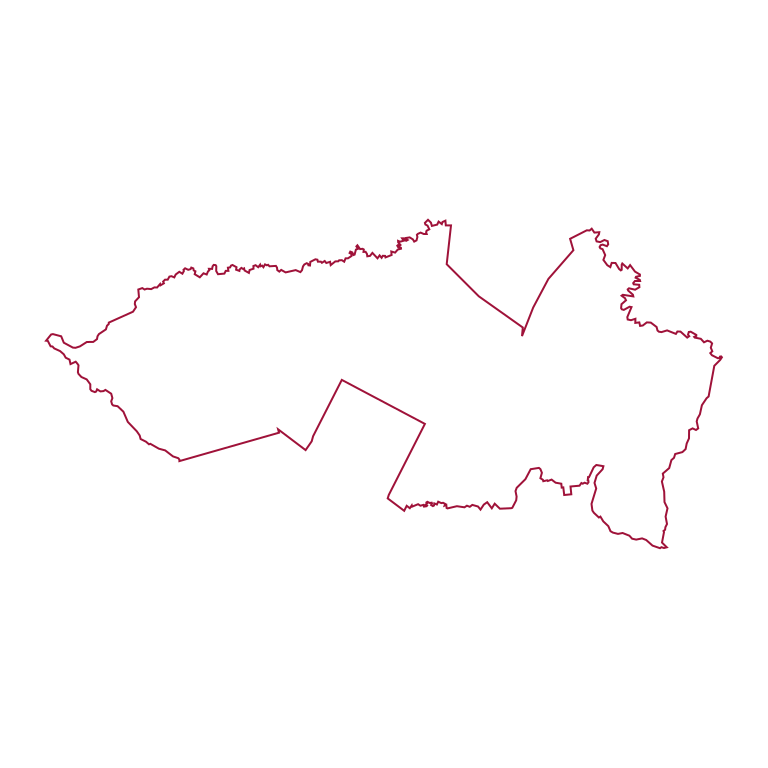 Playford, South Australia, Australia
{"feature_id": "25037944B16955456805205", "entity_name": "Playford", "entity_type": "district", "adm_level": 2, "iso_a3": "AUS", "parent_name": "Australia", "parent_adm1": "South Australia", "projection": "natural_earth1", "projection_center": [138.637, -34.694], "detail": "fine", "context": "isolated", "style": "outline", "palette": "rose", "viewbox_px": 768, "rotation_deg": 0, "n_neighbors": 0, "source": "geoboundaries", "source_scale": "gbopen_adm2", "svg_char_len": 6092}
<svg xmlns="http://www.w3.org/2000/svg" viewBox="0 0 768 768"><path d="M721.1,356.4L720.0,356.6L719.3,358.1L717.8,358.2L711.9,355.2L710.3,353.1L712.3,351.3L710.8,347.7L712.1,343.4L710.3,341.6L707.4,340.7L704.0,342.3L700.8,338.8L694.8,337.6L694.2,336.9L696.3,335.9L696.3,334.9L690.7,331.7L688.8,332.0L688.0,334.7L689.2,336.2L687.2,337.6L680.5,331.6L677.4,331.5L675.9,333.9L667.1,330.4L661.5,332.1L658.9,331.7L657.5,330.5L656.6,327.0L650.8,322.6L646.8,322.4L642.8,325.5L640.1,325.9L639.3,322.4L635.3,322.9L635.4,318.8L631.0,320.2L627.7,319.5L627.3,317.1L631.5,307.1L629.6,306.7L623.8,309.9L621.8,309.3L621.1,308.1L621.5,304.2L626.0,300.3L625.0,298.2L621.6,295.7L622.8,294.8L633.3,296.4L632.9,294.7L628.2,290.6L627.7,289.4L629.0,288.3L635.1,289.7L639.4,287.2L639.2,284.8L633.7,284.3L633.2,283.1L634.9,281.0L640.1,281.0L639.8,279.9L635.6,277.7L636.0,276.8L639.9,275.9L639.9,274.5L635.0,271.6L630.1,265.1L627.7,268.4L622.3,263.5L621.7,264.7L621.7,269.8L620.8,270.4L619.1,269.0L615.5,263.0L611.7,262.9L610.3,267.1L607.3,265.2L603.4,259.9L605.2,255.1L602.6,249.2L600.3,248.3L599.6,247.0L600.6,245.2L602.7,244.6L606.9,246.2L608.2,244.3L607.7,241.2L604.4,240.0L600.2,242.1L596.6,241.4L595.7,238.7L598.9,234.4L599.3,232.2L594.4,232.6L591.7,228.7L589.6,230.5L586.8,230.3L570.1,238.8L573.4,250.2L548.4,278.9L533.2,307.5L522.0,336.1L522.8,327.5L478.8,296.3L446.7,264.2L451.0,225.4L445.8,225.4L445.4,220.7L442.5,222.0L441.8,224.1L438.6,221.6L437.2,224.6L431.9,225.9L430.9,222.6L428.0,219.8L424.9,222.9L425.4,224.5L427.5,225.6L429.3,229.3L426.6,230.7L426.1,232.2L426.7,234.0L423.8,234.0L420.6,232.6L417.8,233.9L416.9,234.8L417.4,237.0L416.5,240.4L414.2,241.6L412.9,239.4L409.7,237.4L405.8,238.0L405.6,238.9L407.6,240.0L406.2,240.8L405.2,240.4L404.1,238.3L402.1,238.3L403.7,240.7L400.1,241.7L398.1,240.9L398.2,242.4L400.5,245.0L399.6,245.9L398.0,245.1L397.3,245.7L398.2,247.2L400.9,247.8L401.0,248.7L397.7,249.6L395.1,252.6L391.3,251.5L391.6,255.0L385.5,257.4L385.1,255.9L382.8,255.8L381.6,257.8L379.6,255.4L377.5,258.3L372.4,252.9L370.0,255.9L367.3,256.3L367.0,254.0L365.6,251.8L363.5,251.9L363.8,249.5L362.6,248.8L360.1,249.1L357.4,245.3L356.4,246.4L358.0,248.8L355.9,249.6L354.6,254.6L353.5,255.0L352.3,252.4L350.3,251.6L349.6,253.0L351.4,254.0L351.5,256.0L348.0,258.3L345.6,258.3L344.2,261.7L341.9,260.2L339.1,260.3L338.3,261.3L335.3,261.4L330.7,265.1L330.1,261.8L326.3,263.0L324.7,261.0L321.9,262.8L320.9,261.7L317.9,261.7L317.4,259.7L315.4,259.3L310.3,261.9L310.0,265.5L308.4,265.3L308.0,263.8L306.7,263.2L304.3,264.5L303.0,266.4L302.0,270.2L300.4,272.1L295.7,270.1L285.6,272.4L281.2,269.9L279.3,271.6L277.3,270.1L277.0,267.6L275.9,265.9L269.5,266.3L268.1,264.8L266.9,265.3L265.0,264.4L263.4,267.2L262.1,265.6L260.5,266.3L260.1,264.7L258.2,267.2L255.6,265.2L253.4,266.0L253.5,268.7L249.6,270.0L248.9,272.9L244.6,270.5L244.1,268.4L243.1,269.0L241.4,267.9L239.6,269.5L239.4,270.9L236.1,269.7L236.5,267.2L232.5,265.0L231.0,265.6L230.1,267.4L227.9,267.7L228.4,270.9L225.7,270.9L224.4,273.6L218.0,274.2L216.2,271.0L216.3,266.2L215.6,265.1L213.7,264.9L212.6,266.3L212.1,268.9L208.9,268.8L209.3,270.3L208.0,271.4L206.7,274.5L203.5,273.3L199.8,277.3L194.7,274.2L195.4,271.3L193.7,270.4L193.3,268.4L191.3,267.6L190.6,269.1L188.2,269.8L185.1,268.3L183.5,269.8L183.9,271.0L182.4,273.7L179.3,271.8L175.7,274.5L174.3,277.4L171.5,276.2L169.4,276.6L167.7,279.7L165.0,279.7L163.1,281.6L163.9,283.3L160.5,285.3L160.1,284.0L157.1,287.5L154.4,287.4L151.2,289.1L147.0,288.7L144.6,289.5L142.3,288.1L138.3,289.5L139.0,297.2L135.1,301.4L134.8,304.0L136.0,307.2L133.0,311.7L108.8,322.6L108.7,324.1L107.0,325.7L105.9,329.4L98.9,334.1L97.5,336.3L97.0,339.1L93.3,341.9L86.8,342.0L79.9,346.4L75.5,347.8L72.9,347.6L63.8,342.7L61.2,336.3L52.9,334.1L51.1,334.5L46.1,340.7L47.8,340.9L50.6,346.3L52.5,346.5L54.2,348.4L60.1,351.1L63.8,354.3L65.7,357.7L69.5,359.6L70.5,364.1L75.7,361.7L77.4,363.7L78.5,365.3L77.9,372.2L78.5,373.9L81.4,377.0L86.7,379.4L90.3,384.3L90.3,389.2L91.5,390.8L94.9,392.1L96.2,391.5L97.1,389.3L100.4,391.4L103.5,391.1L105.4,389.9L111.2,393.7L112.4,398.1L111.2,401.3L112.1,404.4L113.3,405.5L117.6,406.2L123.4,411.7L127.8,421.9L136.8,431.3L139.7,435.5L140.6,439.0L146.0,441.7L149.0,444.3L150.3,443.8L158.9,448.7L165.2,450.4L173.0,456.4L178.3,458.2L179.4,459.6L179.4,461.1L279.0,432.7L278.1,429.3L305.6,450.1L311.7,441.3L313.1,436.2L341.8,379.9L424.9,423.9L388.8,494.9L387.7,498.4L404.2,510.8L406.7,505.8L409.8,508.2L411.8,505.3L412.2,506.6L418.1,504.2L420.4,505.7L423.4,504.9L424.0,506.6L426.6,506.2L427.1,505.5L425.5,504.7L427.1,503.3L426.5,502.4L427.4,501.8L429.8,503.0L431.7,502.7L432.0,503.5L431.1,505.0L432.9,506.1L434.0,505.5L434.3,503.4L436.9,504.5L438.2,501.7L441.3,503.1L443.1,502.8L445.2,503.9L444.6,505.6L446.3,504.9L446.6,508.0L447.5,508.4L456.9,506.2L464.5,507.3L466.9,505.7L469.8,506.8L472.3,504.9L478.0,506.5L480.5,509.6L483.8,504.6L487.2,502.2L491.8,508.3L494.7,503.7L499.9,508.7L511.2,508.2L512.3,507.8L516.2,500.3L516.6,496.6L515.5,491.1L516.7,487.8L525.4,479.2L530.7,469.2L538.9,467.9L540.4,469.1L541.9,472.8L540.4,478.2L542.9,479.8L543.3,481.2L547.2,480.3L547.8,481.0L551.6,479.6L555.6,482.7L561.3,483.7L561.7,487.6L563.3,487.4L564.2,495.0L571.3,494.3L570.5,486.5L579.5,485.7L581.4,483.0L582.7,483.7L584.6,482.7L587.4,483.7L588.5,482.2L588.3,480.4L587.7,480.3L588.1,477.1L589.0,477.2L593.7,467.3L596.3,465.0L603.4,466.2L602.6,469.2L596.7,475.6L594.5,482.9L596.2,488.5L591.5,503.9L592.4,510.6L593.9,512.8L598.9,517.5L600.4,516.6L603.3,521.4L608.3,526.1L610.5,531.2L612.9,532.6L618.0,533.9L622.6,533.0L629.4,535.7L632.1,538.7L636.2,539.6L642.1,538.4L646.2,540.0L652.5,545.6L660.0,548.2L661.4,547.2L664.0,548.0L666.8,547.3L662.0,542.6L664.0,532.1L663.5,531.0L665.1,529.7L665.4,527.2L667.0,524.0L665.6,516.6L667.5,508.3L664.5,502.1L664.2,491.7L661.9,481.5L663.5,477.3L662.8,473.6L669.2,468.1L671.4,460.1L674.0,457.8L675.2,454.0L682.4,452.1L685.6,449.1L686.7,443.5L689.0,438.4L689.1,430.2L692.6,428.4L696.0,430.0L698.2,428.4L696.7,421.4L697.5,418.5L699.9,414.3L701.9,405.2L706.6,398.2L708.6,396.5L714.3,365.8L720.1,360.0L721.9,357.3L721.1,356.4Z" fill="none" stroke="#9f1239" stroke-width="2"/></svg>